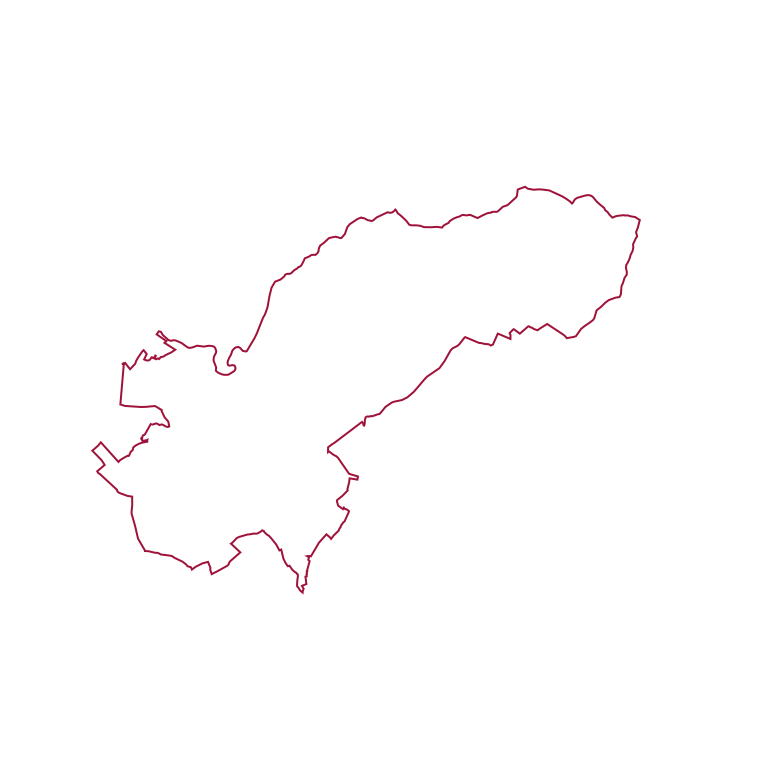 Mica, Mures, Romania, rotated 248°
{"feature_id": "2599482B15916866483614", "entity_name": "Mica", "entity_type": "district", "adm_level": 2, "iso_a3": "ROU", "parent_name": "Romania", "parent_adm1": "Mures", "projection": "mercator", "projection_center": [24.41, 46.338], "detail": "fine", "context": "isolated", "style": "outline", "palette": "rose", "viewbox_px": 768, "rotation_deg": 248, "n_neighbors": 0, "source": "geoboundaries", "source_scale": "gbopen_adm2", "svg_char_len": 6152}
<svg xmlns="http://www.w3.org/2000/svg" viewBox="0 0 768 768"><g transform="rotate(248 384 384)"><path d="M515.9,196.7L517.2,195.0L515.2,191.8L505.3,198.3L504.4,195.9L494.0,203.3L493.0,198.8L492.6,192.1L492.1,190.0L492.1,189.0L492.6,187.2L491.4,184.8L492.2,184.2L492.5,183.4L492.2,182.2L494.2,180.1L494.4,181.5L494.9,182.2L495.6,182.9L496.0,182.6L495.2,181.9L494.7,180.8L494.9,179.8L495.8,178.7L494.3,176.1L494.0,175.1L494.2,174.0L495.0,172.4L496.6,170.8L500.7,175.2L505.4,173.8L504.9,172.3L500.5,165.7L498.0,162.6L496.0,161.0L492.8,154.1L500.4,151.9L500.0,151.0L500.8,150.6L500.6,148.5L499.9,150.2L463.8,131.9L460.7,135.6L453.7,150.1L451.9,155.0L449.7,162.4L449.1,163.7L443.0,168.2L442.3,167.7L441.6,167.7L435.3,168.1L429.9,169.9L425.1,169.0L425.1,167.5L426.9,165.2L428.2,164.4L429.7,163.0L430.1,160.3L431.7,159.3L432.9,157.8L433.0,154.6L433.8,153.0L434.2,152.7L426.9,143.5L426.5,142.5L426.7,141.5L426.5,141.1L425.3,140.0L424.7,138.6L424.2,138.4L423.8,139.2L422.3,138.6L421.2,140.1L421.1,141.8L420.6,141.8L420.8,143.6L419.6,142.8L418.7,143.5L419.3,142.5L420.2,137.8L420.4,134.5L420.0,130.7L419.1,127.8L416.7,126.0L416.1,123.8L413.1,120.8L413.0,120.2L413.5,119.6L413.1,115.8L412.3,110.9L411.2,108.6L436.0,99.6L434.0,96.0L431.4,88.6L419.2,93.6L413.6,94.7L410.5,85.4L408.4,85.7L407.3,86.7L385.9,96.8L384.3,96.6L383.2,97.0L381.4,98.6L376.3,104.3L373.9,108.3L365.6,105.0L361.2,102.6L358.3,101.4L345.4,100.0L332.8,98.0L319.1,100.0L318.7,99.8L317.1,103.1L313.5,108.2L312.1,111.1L309.5,113.3L305.4,120.7L303.9,122.9L301.0,124.9L294.7,130.7L290.9,132.9L288.6,133.6L286.5,136.3L283.9,136.4L285.1,140.9L285.7,148.4L285.0,154.2L278.5,154.2L277.0,153.3L272.3,153.0L272.8,159.3L274.2,170.8L275.0,172.3L276.7,173.9L277.4,175.3L281.7,187.7L293.3,182.3L293.7,184.1L296.3,189.7L296.5,192.4L295.6,200.9L294.6,204.4L294.3,206.6L292.9,210.0L292.9,211.7L293.5,215.3L294.0,216.2L292.7,217.5L291.4,217.6L287.6,219.4L286.5,220.4L283.0,221.7L275.7,223.9L268.9,224.7L269.0,226.7L259.7,225.3L254.8,225.7L251.2,226.5L250.9,228.3L245.8,229.5L243.1,230.9L241.9,231.9L240.7,232.1L240.0,232.7L238.1,232.2L234.3,230.0L230.0,228.0L228.9,227.7L226.2,228.6L224.3,228.7L221.1,230.4L222.8,231.3L224.2,232.8L227.6,232.3L227.6,237.1L234.8,239.0L234.6,240.3L236.8,241.0L236.8,241.4L239.2,242.2L239.1,242.7L240.4,243.2L247.6,248.7L249.3,247.9L251.1,249.3L252.2,249.0L253.1,248.3L252.7,249.9L251.6,251.7L261.2,264.2L266.2,274.3L262.1,276.4L260.2,276.9L262.5,280.8L265.0,287.0L266.7,288.6L267.4,290.0L268.6,290.8L271.0,294.5L271.4,296.0L278.5,303.4L279.2,303.9L281.5,302.6L282.8,301.0L284.4,300.5L283.3,299.1L288.5,295.9L293.2,296.5L293.9,297.0L295.9,303.6L298.9,310.5L299.9,310.5L305.7,314.7L309.4,316.8L305.3,323.5L308.0,325.2L313.8,318.0L332.8,313.7L334.9,312.7L337.2,310.7L341.9,307.9L342.1,307.7L341.8,306.6L346.3,308.5L347.5,313.0L348.0,315.9L357.1,349.4L355.3,350.0L353.3,349.5L352.9,350.1L354.7,351.4L357.6,352.7L359.9,354.4L360.2,355.3L360.1,356.5L359.2,358.3L359.3,359.6L358.5,360.9L358.2,367.4L357.8,368.3L358.6,370.3L362.2,376.7L363.8,383.8L363.9,386.1L362.4,394.7L362.9,400.7L365.6,408.8L373.4,423.7L374.7,426.7L377.9,441.3L382.6,448.8L390.1,458.2L391.4,461.1L391.8,466.2L392.6,468.6L397.0,476.3L397.0,476.9L386.5,487.5L385.2,490.0L383.7,491.9L381.6,496.0L379.7,497.4L379.8,499.8L388.1,508.4L378.4,518.1L382.2,519.7L384.1,519.5L386.2,524.2L386.2,524.8L385.4,525.4L379.8,528.8L383.4,539.3L383.3,539.9L381.5,541.2L380.9,542.2L378.8,543.6L376.3,546.5L377.1,549.7L378.5,557.8L362.8,568.6L360.7,569.8L358.0,570.7L356.6,577.4L356.4,579.8L361.3,587.5L362.5,591.5L363.8,597.5L365.0,601.8L366.2,603.6L372.4,608.5L372.9,609.4L374.0,613.5L376.4,619.4L377.6,623.8L377.3,631.3L376.4,634.9L378.1,636.9L379.3,637.7L384.9,640.4L386.2,641.3L387.8,643.1L392.3,646.8L394.5,650.1L397.2,651.2L401.1,651.8L403.7,653.3L404.7,654.8L407.0,657.4L408.5,658.9L411.3,661.0L414.3,664.4L417.2,666.3L420.3,667.3L424.9,672.2L426.0,674.0L430.4,674.6L433.6,677.7L440.2,682.6L444.8,679.3L446.9,675.8L449.1,673.0L449.9,670.6L450.7,669.6L452.3,664.0L452.7,662.0L452.7,658.1L456.4,656.5L460.0,655.6L462.0,654.3L465.0,654.0L468.6,651.9L473.4,649.6L479.3,647.7L480.9,646.6L482.1,645.2L482.9,643.3L483.4,640.9L484.2,632.9L483.9,631.0L483.1,629.2L481.6,627.4L480.9,625.9L483.8,624.7L488.1,621.9L491.6,619.2L501.6,609.7L505.3,603.1L506.6,600.1L508.0,595.7L511.2,590.5L514.0,588.7L514.2,580.9L508.5,577.6L507.7,576.7L503.8,566.2L503.6,564.5L503.8,560.5L501.4,554.2L501.4,553.2L502.6,550.2L503.1,548.0L502.8,547.6L502.9,546.8L503.5,544.6L503.6,542.8L503.4,538.6L502.8,532.9L508.6,527.2L509.4,523.7L511.2,520.4L511.4,519.1L511.0,517.1L511.3,514.5L511.3,510.8L510.7,507.3L510.4,506.0L509.2,504.2L508.9,500.7L508.5,498.5L507.3,496.4L510.0,491.7L511.6,486.6L514.5,479.8L517.2,476.8L519.1,473.2L520.9,468.8L522.2,467.1L527.3,465.7L534.2,462.5L537.1,460.7L540.3,460.3L541.5,459.8L540.6,458.2L540.0,455.6L540.6,453.5L541.9,451.6L541.2,439.5L539.7,435.0L539.7,434.2L539.8,433.4L540.6,432.5L541.9,430.4L545.4,427.4L546.1,425.9L546.9,425.3L546.9,421.2L545.0,412.1L543.2,408.8L537.7,403.9L535.4,399.3L535.6,398.2L537.4,396.1L538.8,394.0L539.8,388.5L539.8,387.4L537.4,381.1L536.2,376.6L534.1,374.4L531.4,372.8L530.2,371.2L529.5,369.2L529.4,368.8L530.3,366.8L530.8,364.9L530.2,362.1L530.2,357.7L527.6,355.0L525.3,352.2L524.4,350.7L524.4,348.3L523.7,346.9L523.2,343.6L521.5,339.4L521.5,337.7L522.5,335.1L522.4,334.0L522.2,333.1L521.1,331.8L519.6,327.2L519.7,321.3L515.4,315.8L509.1,311.2L498.6,304.6L493.1,299.7L490.8,296.7L478.4,284.9L474.9,281.0L465.8,269.0L466.0,267.9L467.6,265.5L471.4,264.1L473.0,262.7L473.4,260.3L473.3,259.2L472.3,256.8L471.5,255.7L468.3,252.9L466.2,250.2L463.4,247.5L461.6,246.7L459.9,246.5L459.0,247.3L458.2,250.7L457.3,252.1L456.4,252.5L454.4,252.3L453.1,251.4L452.1,250.1L451.0,243.8L451.1,242.5L452.5,239.0L453.9,237.1L456.4,234.6L458.9,233.2L459.7,233.3L462.3,234.6L469.1,234.7L470.5,235.1L473.0,236.6L476.0,240.0L477.5,240.8L480.8,241.0L482.6,240.1L483.4,239.1L485.0,236.1L485.8,232.8L486.0,231.3L489.5,225.1L489.7,219.9L490.2,217.6L490.8,216.4L492.1,215.2L497.8,211.7L501.4,208.2L502.7,206.7L503.4,205.4L503.8,202.7L505.4,200.7L512.2,197.3L515.9,196.7Z" fill="none" stroke="#9f1239" stroke-width="2"/></g></svg>